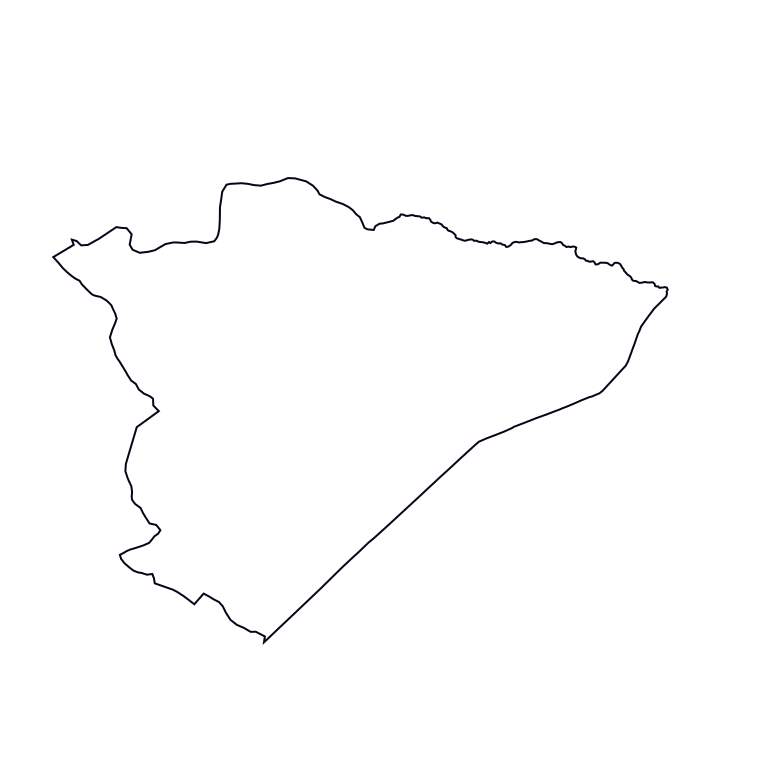 Kuresoi South, Rift Valley, Kenya, rotated 258°
{"feature_id": "3690345B31423540418892", "entity_name": "Kuresoi South", "entity_type": "district", "adm_level": 2, "iso_a3": "KEN", "parent_name": "Kenya", "parent_adm1": "Rift Valley", "projection": "orthographic", "projection_center": [35.659, -0.544], "detail": "fine", "context": "isolated", "style": "outline", "palette": "ink", "viewbox_px": 768, "rotation_deg": 258, "n_neighbors": 0, "source": "geoboundaries", "source_scale": "gbopen_adm2", "svg_char_len": 4776}
<svg xmlns="http://www.w3.org/2000/svg" viewBox="0 0 768 768"><g transform="rotate(258 384 384)"><path d="M307.8,464.8L309.4,472.5L312.4,491.3L314.3,500.0L315.1,502.2L316.5,511.2L318.5,523.2L318.9,525.4L319.2,527.6L320.6,537.9L321.4,542.8L322.6,550.8L323.1,553.0L323.9,558.3L325.5,566.6L327.0,573.7L328.4,581.7L328.6,585.2L329.3,588.3L330.1,592.9L331.9,596.4L348.8,620.2L351.6,624.2L355.0,627.1L356.8,628.3L363.3,632.4L368.0,635.3L369.9,636.6L377.2,641.0L380.4,642.9L382.1,644.4L386.7,647.4L391.5,652.6L393.2,654.5L395.5,657.0L397.8,659.7L401.4,663.7L405.7,670.4L408.2,674.2L409.9,676.9L411.0,678.3L413.6,679.6L415.8,679.7L417.2,681.1L419.4,680.7L420.3,679.2L420.4,677.3L420.6,675.6L420.8,673.4L422.4,672.5L422.7,670.9L423.5,669.6L425.6,669.5L427.5,668.2L427.9,666.4L428.1,664.7L428.5,662.9L429.3,661.1L429.6,659.3L429.5,657.2L429.8,654.8L431.3,653.1L432.4,651.9L432.7,650.4L433.4,649.0L434.7,648.2L436.3,648.1L438.1,647.2L439.5,645.8L440.8,644.6L442.5,643.8L444.5,642.5L446.9,642.1L448.3,641.2L450.2,640.6L452.3,639.9L453.5,638.4L454.3,636.7L454.5,634.7L453.4,633.3L452.4,631.6L453.8,629.5L455.7,627.9L456.6,625.7L457.0,623.7L457.4,622.2L457.7,620.7L457.0,619.2L456.6,617.5L457.0,615.8L459.1,615.2L460.7,614.0L460.7,611.6L461.0,610.1L461.9,609.0L462.7,607.1L464.4,606.3L465.5,604.9L466.1,602.5L467.4,600.7L468.7,599.6L470.7,598.8L473.9,598.7L476.0,599.8L477.5,600.4L478.7,598.9L479.2,597.3L479.2,594.6L480.1,593.0L480.0,591.0L481.7,589.5L482.9,588.0L484.9,587.3L486.2,586.1L486.5,584.3L486.5,582.3L486.0,580.0L485.8,577.7L486.2,576.3L487.0,574.6L487.9,572.7L488.3,570.7L488.9,569.3L490.1,568.1L491.2,566.7L492.3,565.3L493.7,564.0L494.3,562.1L494.2,560.4L493.5,558.5L493.8,556.2L493.7,554.0L493.8,551.2L493.9,549.2L494.3,547.2L494.4,545.3L495.1,544.1L495.7,542.4L495.6,540.6L495.2,538.8L493.7,537.1L492.6,534.5L492.6,532.1L494.9,531.0L495.8,528.7L497.4,527.2L497.7,525.0L498.9,522.9L500.5,521.6L500.9,519.6L499.8,517.3L501.0,516.2L499.8,514.2L501.0,512.4L502.0,510.4L502.9,507.7L503.6,505.9L505.0,504.2L505.3,501.9L506.6,501.0L507.3,499.4L507.5,497.0L507.4,495.1L507.2,493.2L508.1,491.2L509.0,489.9L509.7,488.5L510.5,487.2L511.5,485.4L513.0,484.6L514.8,484.9L516.8,483.6L518.4,482.3L519.8,480.4L520.5,479.0L521.7,478.1L523.3,477.8L524.4,476.1L525.6,474.7L528.1,473.5L529.4,471.7L530.7,469.9L530.6,467.1L531.4,465.5L533.2,463.7L535.1,463.4L536.8,462.5L537.4,459.8L538.6,458.0L538.8,455.6L540.5,453.9L541.3,451.3L542.0,449.1L543.2,447.5L543.5,444.8L543.5,441.9L544.2,439.9L545.2,438.7L545.9,437.5L546.3,435.6L544.2,433.8L543.9,431.7L541.7,426.8L541.3,416.7L541.7,412.9L540.1,408.3L536.8,406.0L538.7,400.0L540.8,397.4L546.2,396.4L552.2,395.1L555.8,392.1L560.4,389.7L564.2,386.5L568.5,381.3L572.6,374.5L576.2,369.8L579.0,365.3L582.9,360.4L587.1,359.1L592.7,355.8L598.4,350.0L603.6,339.8L605.4,332.9L604.7,328.6L603.9,324.3L603.7,317.5L603.9,311.5L603.6,304.8L605.6,298.2L608.1,292.4L610.1,286.1L610.9,280.4L611.4,277.4L611.7,275.7L611.7,271.4L605.8,265.8L597.6,262.8L591.0,260.3L584.2,258.8L578.2,257.4L570.4,255.3L565.4,253.2L563.4,252.1L561.6,250.7L558.9,247.6L558.8,239.3L562.3,230.2L563.4,224.5L563.4,218.3L565.5,210.7L565.9,209.2L566.3,206.9L566.3,199.2L562.5,187.8L562.3,181.0L563.1,172.4L567.6,166.0L573.2,164.2L582.9,168.3L589.9,164.7L591.4,159.3L593.1,154.8L585.1,134.8L584.7,133.2L581.6,123.3L582.6,116.6L587.8,113.0L590.1,108.7L584.6,109.4L576.9,86.9L569.8,91.0L564.2,93.9L558.8,97.6L553.7,101.7L550.9,104.4L548.3,107.7L544.3,109.2L538.5,112.8L532.9,116.6L531.6,117.9L530.3,120.0L528.0,125.0L523.1,130.2L517.9,133.6L512.8,134.7L508.9,135.7L503.5,136.1L498.8,133.2L493.5,129.5L486.6,125.6L479.9,126.0L473.3,127.1L468.0,127.4L464.6,128.4L462.6,129.3L461.0,130.0L455.6,131.9L449.7,134.0L446.5,134.9L439.9,137.4L435.6,141.3L429.6,143.0L424.4,147.3L421.1,151.9L419.5,153.5L417.6,155.0L410.9,153.9L404.3,158.1L393.2,133.2L369.1,120.1L359.5,114.9L352.5,112.9L345.8,113.6L342.1,114.3L336.6,115.6L331.0,115.2L325.9,113.7L322.9,113.6L318.4,115.6L313.4,120.1L307.4,121.6L303.1,123.1L296.3,125.7L293.5,131.9L287.5,134.9L284.5,131.9L282.8,127.8L280.2,124.8L277.4,121.2L276.1,114.7L275.3,107.4L274.8,101.0L273.8,96.5L273.2,95.2L271.8,90.1L267.6,90.5L262.6,92.9L257.1,97.1L253.4,100.3L251.0,104.0L249.5,107.7L246.8,112.4L246.3,117.9L241.6,118.6L236.7,118.3L226.8,134.6L223.8,138.3L217.8,144.3L208.0,152.7L216.5,164.0L212.3,169.0L208.8,172.6L205.0,177.3L200.0,180.1L193.2,181.8L185.2,184.8L179.0,190.0L174.7,196.1L169.4,201.9L168.3,207.1L161.8,215.0L156.3,212.9L157.9,215.6L166.7,229.9L177.7,247.9L188.5,265.5L196.8,279.0L197.9,280.8L199.1,282.6L214.0,306.0L221.8,319.0L224.8,324.2L232.0,335.7L235.3,342.1L245.9,360.3L257.6,380.0L267.7,397.0L272.4,404.7L276.0,410.8L281.2,419.4L286.0,427.7L295.4,443.4L304.8,459.4L307.8,464.8Z" fill="none" stroke="#020617" stroke-width="2"/></g></svg>